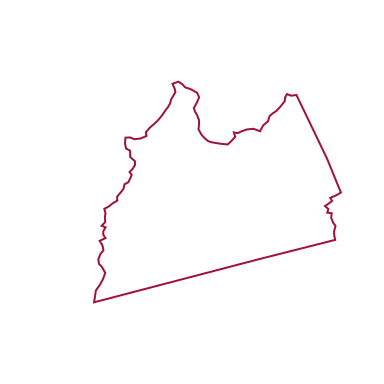 the district of São Domingos do Cariri, Paraíba, Brazil, rotated 244°
{"feature_id": "56859067B21904800653931", "entity_name": "São Domingos do Cariri", "entity_type": "district", "adm_level": 2, "iso_a3": "BRA", "parent_name": "Brazil", "parent_adm1": "Paraíba", "projection": "natural_earth1", "projection_center": [-36.372, -7.576], "detail": "fine", "context": "isolated", "style": "outline", "palette": "rose", "viewbox_px": 384, "rotation_deg": 244, "n_neighbors": 0, "source": "geoboundaries", "source_scale": "gbopen_adm2", "svg_char_len": 1536}
<svg xmlns="http://www.w3.org/2000/svg" viewBox="0 0 384 384"><g transform="rotate(244 192 192)"><path d="M297.8,221.9L292.6,221.7L289.1,220.9L286.5,217.1L284.2,213.6L281.3,211.2L278.9,207.8L277.1,204.0L274.0,198.7L271.0,191.9L269.7,187.5L268.3,182.2L265.9,176.8L262.3,175.6L262.6,169.3L264.7,163.4L268.2,160.2L270.0,156.0L265.1,153.1L260.1,151.8L256.1,154.5L250.6,151.8L244.7,154.2L241.3,152.7L238.7,148.5L237.3,144.6L233.8,145.3L231.3,142.4L228.7,139.1L228.5,134.7L224.9,131.9L222.5,126.9L220.6,122.6L217.0,121.1L216.6,115.7L215.5,111.0L215.3,105.8L210.8,104.9L207.4,102.6L203.0,100.8L201.2,96.0L198.1,98.8L195.7,95.1L192.5,93.5L188.5,94.0L188.6,87.6L183.2,88.1L178.5,86.9L176.2,82.2L172.4,78.2L168.1,76.9L164.2,78.2L157.3,78.6L152.5,73.5L149.0,68.6L145.6,62.4L140.7,59.1L135.8,55.6L102.0,224.1L86.2,299.7L89.8,300.6L94.1,302.2L98.5,306.1L102.5,305.4L107.9,305.8L111.7,308.3L114.1,304.5L116.9,307.1L121.1,305.4L121.7,310.0L122.6,314.0L126.2,313.8L125.8,319.8L126.2,325.6L162.8,328.0L233.4,328.4L235.1,323.3L238.4,320.3L236.1,317.0L233.0,315.2L230.4,309.8L227.9,303.6L227.3,299.1L226.2,294.9L222.3,291.4L220.6,285.0L216.8,279.8L221.9,274.9L224.2,268.6L224.8,263.3L224.8,259.2L227.2,255.7L222.6,255.0L220.4,249.3L219.1,244.9L221.2,241.5L223.4,238.0L225.7,234.8L228.1,231.4L230.7,228.8L234.7,227.0L238.9,225.7L245.5,225.3L249.5,227.9L253.4,229.8L258.9,230.3L263.0,229.9L266.7,230.5L270.4,235.8L274.0,239.9L279.0,240.1L285.1,235.8L289.1,231.7L293.2,230.5L297.1,228.2L297.8,221.9Z" fill="none" stroke="#9f1239" stroke-width="2"/></g></svg>